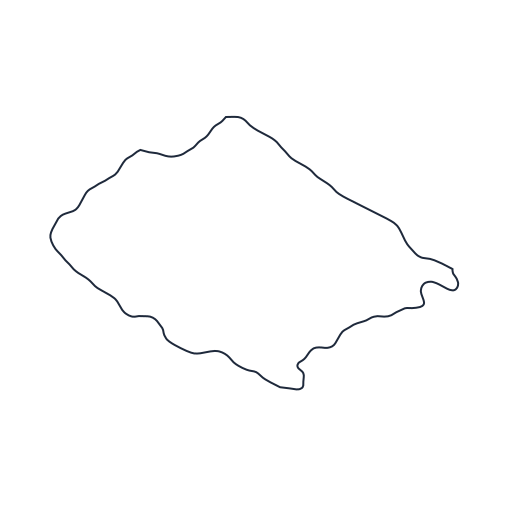 Laguna Salada, Valverde, Dominican Republic, rotated 297°
{"feature_id": "3306468B11652899938830", "entity_name": "Laguna Salada", "entity_type": "district", "adm_level": 2, "iso_a3": "DOM", "parent_name": "Dominican Republic", "parent_adm1": "Valverde", "projection": "equal_earth", "projection_center": [-71.094, 19.659], "detail": "fine", "context": "isolated", "style": "outline", "palette": "slate", "viewbox_px": 512, "rotation_deg": 297, "n_neighbors": 0, "source": "geoboundaries", "source_scale": "gbopen_adm2", "svg_char_len": 3323}
<svg xmlns="http://www.w3.org/2000/svg" viewBox="0 0 512 512"><g transform="rotate(297 256 256)"><path d="M150.0,337.0L153.4,346.3L155.5,352.6L156.7,354.7L157.5,355.6L159.2,356.8L160.2,357.1L162.1,356.9L165.6,355.2L169.6,353.6L171.5,352.7L173.1,351.3L173.7,350.3L174.1,349.3L175.1,345.1L175.5,344.2L176.2,343.3L177.0,342.7L177.9,342.4L179.8,342.4L180.7,342.7L184.3,344.9L186.3,345.8L188.6,346.4L194.5,347.2L196.8,347.8L199.0,348.8L200.0,349.4L201.7,351.2L203.0,353.3L204.1,355.6L205.5,359.3L206.7,361.5L208.3,363.4L210.1,364.9L212.3,365.9L214.6,366.3L224.3,366.8L227.8,367.4L230.0,368.4L234.8,371.6L239.0,374.1L242.0,376.7L246.8,381.7L248.7,383.5L253.7,386.9L255.4,388.6L257.6,391.6L260.2,397.8L262.2,401.0L264.7,403.5L269.7,406.6L276.9,412.3L278.2,414.1L280.4,418.7L282.6,422.2L285.0,425.3L286.9,426.8L287.9,427.2L289.0,427.4L290.1,427.2L291.1,426.7L292.8,425.3L297.2,420.6L299.2,419.0L300.3,418.5L302.6,417.8L304.9,417.7L307.3,418.2L308.4,418.7L309.4,419.4L311.1,421.2L312.5,423.5L313.0,424.8L313.3,426.3L313.7,429.2L313.8,432.2L313.6,441.1L313.8,443.9L314.5,446.4L315.1,447.6L316.0,448.5L317.0,449.1L319.1,449.6L321.3,449.4L323.5,448.5L324.4,447.8L326.8,445.2L328.0,443.2L329.6,440.0L330.3,439.2L331.9,437.9L333.6,437.0L333.7,425.1L333.2,416.9L332.4,412.3L330.7,407.4L329.9,405.0L329.7,403.6L329.7,400.7L329.9,399.3L330.6,396.8L333.9,388.1L335.1,385.5L337.5,381.7L342.9,374.7L345.5,371.0L346.9,368.4L347.4,366.9L348.2,363.7L348.5,360.4L348.7,355.3L348.5,311.8L348.6,306.7L349.0,301.7L349.6,298.5L351.9,292.2L352.6,289.4L353.1,286.2L353.9,278.1L354.3,274.9L355.1,272.0L356.9,267.1L357.6,264.3L358.2,259.5L358.6,248.0L359.2,243.2L360.0,240.4L362.5,234.3L364.3,229.0L366.9,222.9L367.6,220.1L368.1,217.0L368.3,213.8L368.5,200.6L368.9,195.8L369.7,191.2L371.8,185.2L372.3,182.6L372.3,179.8L371.7,177.0L370.1,173.4L366.2,166.1L361.1,164.7L358.9,163.8L354.0,160.8L351.9,159.9L349.6,159.3L342.5,158.3L340.2,157.7L338.0,156.8L333.1,153.9L330.9,153.0L326.4,151.8L324.1,151.0L318.3,147.3L314.1,144.9L312.0,143.2L310.1,141.2L307.5,137.8L306.0,135.3L304.9,132.6L304.1,129.7L303.2,123.9L302.6,121.1L299.9,113.6L298.0,104.8L294.8,102.6L289.4,100.1L284.6,97.0L282.4,96.0L278.6,95.3L268.3,94.5L264.6,93.5L262.6,92.4L258.7,89.8L254.6,87.4L248.9,83.2L244.7,80.8L239.9,77.6L237.7,76.6L235.3,76.0L232.7,75.8L221.1,75.5L218.6,75.2L216.1,74.5L215.0,74.0L212.8,72.5L207.1,66.8L205.1,65.1L203.0,63.9L199.6,62.8L187.7,62.4L183.9,62.7L181.4,63.3L179.0,64.5L176.0,67.2L173.4,70.5L171.2,74.2L170.1,76.9L168.3,82.1L165.6,88.2L163.9,93.5L161.4,99.6L160.7,102.4L160.2,105.3L159.5,114.3L159.0,117.3L158.3,120.0L156.1,126.2L155.5,129.3L155.2,134.2L154.8,144.0L154.1,148.8L153.7,150.3L152.5,153.0L147.2,161.3L146.1,164.0L145.7,165.4L145.5,166.8L145.3,169.6L145.6,172.3L145.9,173.5L146.9,175.6L149.3,178.9L153.0,186.6L153.9,189.1L154.2,192.0L153.9,194.9L153.1,197.4L149.3,205.1L147.9,206.8L145.3,208.8L143.7,210.4L141.7,213.4L141.1,214.7L140.4,217.6L140.0,220.8L139.8,224.0L139.7,230.6L139.9,237.2L140.4,242.0L141.1,245.1L142.4,247.9L144.0,250.5L150.3,258.7L152.7,262.4L153.9,265.2L154.3,266.7L154.7,269.6L154.7,272.6L154.3,275.5L153.5,278.2L151.1,284.3L150.5,287.2L150.2,290.2L150.1,294.7L150.4,299.2L150.9,302.0L152.3,306.7L152.6,309.0L152.3,311.3L150.7,317.3L150.3,320.2L150.0,326.3L150.0,337.0Z" fill="none" stroke="#1e293b" stroke-width="2"/></g></svg>